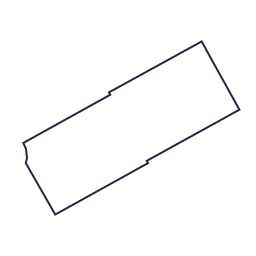 outline of Hyde, South Dakota, United States of America, rotated 61°
{"feature_id": "52423323B29603779498956", "entity_name": "Hyde", "entity_type": "district", "adm_level": 2, "iso_a3": "USA", "parent_name": "United States of America", "parent_adm1": "South Dakota", "projection": "mercator", "projection_center": [-99.535, 44.545], "detail": "fine", "context": "isolated", "style": "outline", "palette": "slate", "viewbox_px": 256, "rotation_deg": 61, "n_neighbors": 0, "source": "geoboundaries", "source_scale": "gbopen_adm2", "svg_char_len": 311}
<svg xmlns="http://www.w3.org/2000/svg" viewBox="0 0 256 256"><g transform="rotate(61 128 128)"><path d="M88.0,21.6L87.6,127.4L90.3,127.4L90.3,226.8L97.0,227.4L105.3,230.9L109.0,234.4L168.4,233.6L168.4,127.6L165.8,127.6L166.0,21.7L109.8,21.7L88.0,21.6Z" fill="none" stroke="#1e293b" stroke-width="2"/></g></svg>